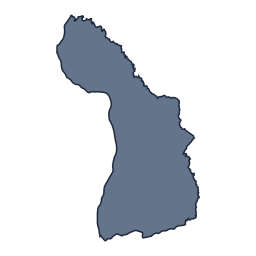 outline of Nova Bandeirantes, Mato Grosso, Brazil
{"feature_id": "56859067B56253074715803", "entity_name": "Nova Bandeirantes", "entity_type": "district", "adm_level": 2, "iso_a3": "BRA", "parent_name": "Brazil", "parent_adm1": "Mato Grosso", "projection": "robinson", "projection_center": [-58.073, -9.696], "detail": "fine", "context": "isolated", "style": "filled", "palette": "slate", "viewbox_px": 256, "rotation_deg": 0, "n_neighbors": 0, "source": "geoboundaries", "source_scale": "gbopen_adm2", "svg_char_len": 5784}
<svg xmlns="http://www.w3.org/2000/svg" viewBox="0 0 256 256"><path d="M70.9,15.6L70.0,17.6L64.6,25.2L64.3,26.5L64.6,29.7L64.6,32.3L64.2,35.3L63.1,39.0L60.8,41.7L59.5,44.1L57.2,45.5L57.1,46.1L56.9,52.8L57.2,53.4L57.8,54.0L58.8,57.5L60.2,59.7L60.9,61.3L61.3,63.1L61.3,64.9L61.6,67.6L62.2,69.7L62.8,70.8L65.5,74.2L66.7,77.1L70.5,79.7L72.7,82.6L74.9,84.0L77.2,84.6L78.6,84.7L79.3,85.1L81.5,87.6L84.4,88.9L87.4,92.0L89.1,92.7L92.0,91.6L94.9,92.0L97.6,91.8L101.4,92.0L104.6,92.5L106.8,93.4L108.6,95.4L109.2,96.4L110.6,99.9L111.2,102.8L111.3,104.2L111.1,106.4L109.3,110.8L108.9,112.4L108.9,116.3L109.2,119.1L109.4,119.8L112.6,126.1L114.1,131.8L115.2,139.2L116.5,145.4L116.7,150.3L116.0,153.7L114.3,157.3L113.0,163.0L112.6,166.7L112.9,167.8L113.1,170.0L112.7,172.0L109.5,177.4L108.0,180.4L105.8,184.0L104.5,186.6L104.1,188.5L103.8,194.0L103.0,195.8L101.6,198.2L101.3,201.6L100.5,204.0L99.9,205.2L98.4,207.0L97.9,208.9L97.4,213.3L97.4,223.1L97.8,225.8L99.0,229.4L99.2,231.9L99.9,236.1L100.3,235.4L100.8,235.7L101.7,237.1L102.6,237.9L104.8,240.6L105.4,240.6L106.1,240.5L106.8,239.2L109.2,238.6L110.2,238.9L111.5,238.2L112.6,236.6L116.0,234.3L116.7,234.0L117.8,234.2L120.6,235.2L121.5,235.8L122.2,235.8L123.3,234.8L124.7,234.9L127.3,234.1L130.4,232.3L132.9,231.4L134.6,230.5L137.8,230.7L138.2,231.2L139.2,231.3L140.6,231.9L142.4,232.3L142.7,233.2L142.4,236.0L142.6,237.3L142.9,237.8L143.4,237.9L151.5,236.1L152.7,234.8L155.3,233.3L156.2,233.0L156.9,233.0L157.9,233.5L158.4,233.5L161.6,231.4L163.4,230.7L165.5,230.9L167.2,230.3L168.8,229.2L169.8,229.1L170.3,228.8L172.1,228.7L173.2,229.2L174.8,228.6L175.0,227.9L175.7,227.3L177.3,226.2L178.4,225.8L182.1,225.5L184.9,224.9L185.4,224.3L185.2,223.4L185.4,222.9L185.7,221.6L185.4,221.0L186.0,220.1L186.8,220.5L186.9,220.0L187.4,219.9L188.0,218.8L188.4,218.5L188.3,219.2L188.6,219.7L189.6,220.0L190.6,219.6L191.0,219.0L191.7,218.8L192.8,218.9L193.8,218.7L194.7,218.0L195.6,217.9L196.3,215.9L196.1,215.3L195.6,215.1L196.1,214.3L196.0,213.2L196.3,212.4L195.7,211.4L195.9,210.6L195.6,210.1L195.5,208.9L196.4,207.2L195.7,205.3L196.0,204.0L195.9,203.1L196.0,202.5L196.6,202.1L196.9,201.2L197.3,200.9L197.4,199.8L198.1,197.6L198.8,197.9L199.1,197.6L199.0,196.6L198.4,195.5L197.7,194.7L197.6,194.1L198.6,193.4L198.6,192.8L198.1,192.4L198.2,190.9L198.4,190.4L197.9,190.1L198.2,187.7L197.2,186.3L196.6,186.1L196.5,185.5L196.5,184.4L195.7,183.8L195.9,182.4L196.2,181.9L195.5,180.7L194.7,180.5L194.4,180.0L194.3,179.1L193.7,178.8L193.6,177.7L193.1,176.8L193.3,176.1L193.9,175.6L194.1,175.0L194.1,173.7L192.9,174.6L192.7,174.1L192.7,173.4L191.7,173.7L190.7,171.6L190.2,171.3L190.2,170.6L190.6,170.2L189.8,169.3L189.7,168.9L188.8,168.5L188.1,167.4L188.2,166.9L188.9,166.2L188.9,164.9L189.6,164.0L189.6,162.8L189.3,161.4L188.9,161.2L188.8,160.7L189.0,160.3L189.4,160.0L189.8,159.1L190.3,159.0L190.1,158.4L189.1,157.8L189.1,157.0L188.2,156.9L187.9,156.4L186.6,155.9L185.9,156.5L185.4,156.2L185.5,155.6L186.0,155.4L186.4,154.6L186.0,153.5L185.1,153.7L184.7,153.5L183.7,154.1L183.3,153.9L183.9,152.1L184.7,151.2L185.0,150.0L186.1,149.1L186.5,148.5L186.6,148.0L186.4,146.9L186.9,146.5L188.0,145.0L189.0,144.3L190.2,142.8L191.0,142.1L191.2,141.6L191.7,141.2L192.3,140.0L194.1,138.3L194.0,137.5L193.4,136.7L193.5,135.9L185.5,130.3L184.8,128.9L184.3,128.8L184.0,129.2L182.1,129.2L181.6,127.8L180.6,127.3L179.8,125.2L179.3,124.6L179.9,122.2L180.9,120.1L180.3,119.4L179.6,119.3L178.4,116.7L178.5,115.2L179.1,114.6L179.2,114.2L179.2,111.7L179.6,110.6L179.7,109.3L179.1,107.4L179.2,106.4L178.8,104.5L179.3,103.2L179.2,100.9L178.1,100.0L177.5,99.0L175.4,97.9L173.6,97.5L172.8,97.6L172.0,98.2L171.5,98.2L171.3,97.7L170.9,97.4L169.3,97.6L169.0,97.2L168.3,96.8L166.6,97.4L165.2,95.8L164.6,95.6L163.6,95.5L163.0,95.8L161.8,96.8L161.4,96.8L160.9,96.5L159.8,96.9L158.8,96.9L157.6,98.1L157.6,97.5L156.9,96.8L156.7,96.3L155.1,95.6L154.3,94.6L152.9,94.0L152.2,94.2L151.8,93.2L151.3,92.6L150.6,92.4L149.6,91.4L149.1,89.7L148.4,88.7L147.9,88.4L147.3,88.6L147.1,88.3L147.3,87.0L146.8,86.1L145.3,85.8L144.1,86.1L143.8,85.2L144.1,84.0L143.4,83.8L143.5,82.2L143.3,81.7L142.8,81.9L142.5,80.9L142.0,81.0L141.4,80.8L141.3,80.2L141.8,79.2L141.5,78.3L139.5,78.0L139.6,77.4L139.4,77.0L138.9,76.7L138.7,76.0L138.3,76.9L137.9,77.3L136.9,77.0L136.5,76.5L134.0,77.0L133.9,76.6L134.2,76.3L134.2,75.8L133.3,74.8L133.3,72.5L133.7,71.9L134.9,70.9L134.6,70.1L135.0,68.7L134.1,69.1L133.5,69.0L133.5,67.5L132.9,67.0L133.9,66.6L134.0,65.9L133.6,65.5L133.8,64.6L133.5,64.2L132.4,64.8L132.0,64.6L132.0,63.4L131.3,62.0L130.9,61.3L129.7,60.9L128.9,59.9L128.3,59.9L127.8,58.3L126.4,57.8L124.9,57.7L125.0,57.0L125.4,56.6L125.9,56.6L126.4,56.4L125.8,56.1L125.4,55.3L125.0,55.4L123.9,54.0L123.7,53.4L124.2,52.8L124.3,52.3L122.6,52.2L121.9,52.5L121.5,51.9L121.7,50.2L121.6,48.8L121.0,47.9L121.5,46.5L121.4,45.9L120.9,45.6L119.7,45.5L119.0,45.1L118.3,45.3L117.9,44.9L117.7,44.3L116.7,43.6L115.5,43.9L113.0,41.4L112.5,42.1L111.5,42.2L109.9,41.0L109.6,40.6L109.8,40.1L109.7,39.5L109.3,39.0L108.1,38.8L106.6,37.5L105.5,37.1L105.2,36.6L105.8,34.6L105.9,33.3L105.6,32.9L105.5,31.8L104.9,31.2L104.2,29.4L103.4,29.3L102.6,31.0L102.3,31.3L101.9,31.1L101.4,28.8L101.4,28.3L101.8,27.7L101.6,27.2L101.0,26.6L100.6,26.5L100.3,26.1L99.9,26.1L99.1,26.7L97.6,26.8L96.5,27.5L95.3,26.6L94.8,25.6L94.6,24.7L93.4,22.6L92.6,23.6L92.2,23.8L91.8,23.6L91.5,22.6L91.9,22.3L91.9,21.3L91.0,20.9L90.9,20.5L91.5,19.0L91.2,18.6L90.2,18.8L89.1,19.8L87.7,19.5L86.5,18.8L86.5,19.2L85.9,20.3L83.6,20.8L83.0,20.6L82.2,20.0L82.3,19.3L82.1,17.9L83.1,17.4L83.4,16.8L83.3,16.3L83.0,16.0L82.2,16.3L81.6,16.0L80.7,16.6L78.4,16.8L78.1,17.2L77.7,18.3L76.3,19.5L76.0,20.2L74.9,21.0L74.5,21.0L74.4,20.4L75.3,19.5L74.9,18.2L74.4,17.4L73.9,16.8L72.6,16.8L72.2,16.6L72.2,15.9L72.0,15.5L71.4,15.4L70.9,15.6Z" fill="#64748b" stroke="#1e293b" stroke-width="1.5"/></svg>